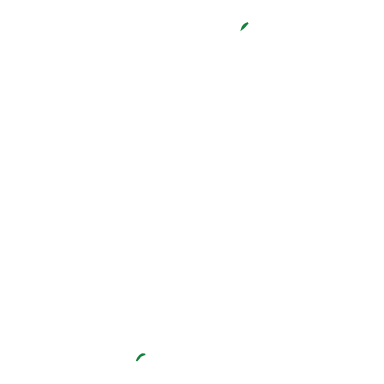 Tokelau, Mercator projection, rotated 256°
{"feature_id": "NZL-5472", "entity_name": "Tokelau", "entity_type": "state/province", "adm_level": 1, "iso_a3": "NZL", "parent_name": "New Zealand", "parent_adm1": "", "projection": "mercator", "projection_center": [-171.723, -8.952], "detail": "fine", "context": "isolated", "style": "filled", "palette": "green", "viewbox_px": 384, "rotation_deg": 256, "n_neighbors": 0, "source": "natural_earth", "source_scale": "10m", "svg_char_len": 425}
<svg xmlns="http://www.w3.org/2000/svg" viewBox="0 0 384 384"><g transform="rotate(256 192 192)"><path d="M341.4,285.5L340.3,284.1L339.3,282.7L338.5,281.1L337.9,279.6L339.8,280.8L341.2,282.4L342.1,284.4L342.5,286.6L341.9,286.7L341.8,286.4L341.7,285.9L341.4,285.5ZM45.2,102.4L43.2,100.0L41.5,97.3L44.0,99.3L45.9,101.8L46.8,104.5L45.8,107.3L45.8,106.1L45.2,102.4Z" fill="#22c55e" stroke="#15803d" stroke-width="1.5"/></g></svg>